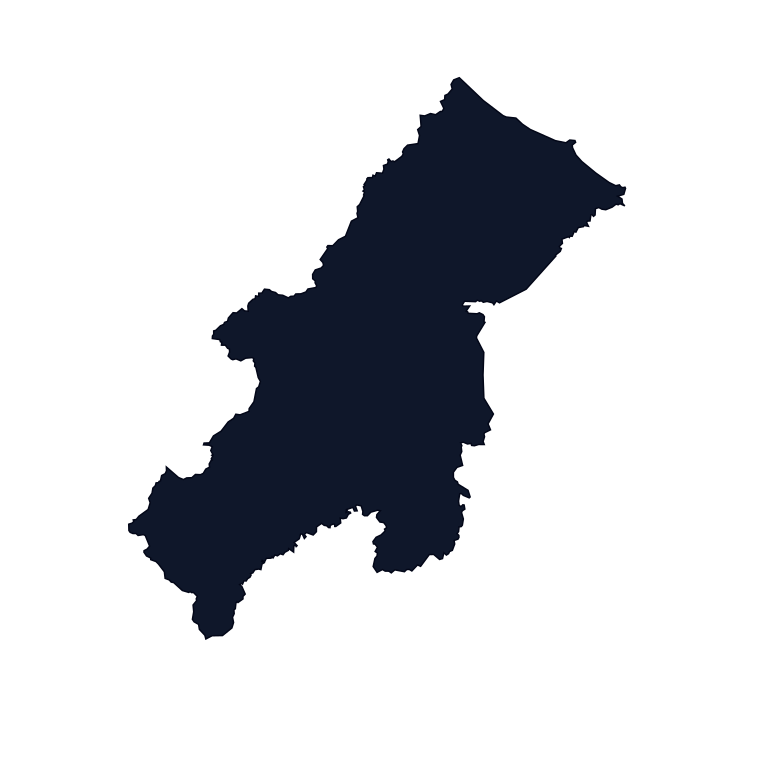 outline of Hua Hin, Prachuap Khiri Khan, Thailand, rotated 312°
{"feature_id": "78962969B56213444646576", "entity_name": "Hua Hin", "entity_type": "district", "adm_level": 2, "iso_a3": "THA", "parent_name": "Thailand", "parent_adm1": "Prachuap Khiri Khan", "projection": "mercator", "projection_center": [99.679, 12.495], "detail": "fine", "context": "isolated", "style": "filled", "palette": "ink", "viewbox_px": 768, "rotation_deg": 312, "n_neighbors": 0, "source": "geoboundaries", "source_scale": "gbopen_adm2", "svg_char_len": 6133}
<svg xmlns="http://www.w3.org/2000/svg" viewBox="0 0 768 768"><g transform="rotate(312 384 384)"><path d="M449.3,249.7L447.5,249.9L447.0,251.6L433.8,253.3L433.4,257.3L431.7,259.7L428.2,259.7L422.8,256.6L417.7,257.6L414.5,260.6L414.6,263.9L413.1,265.1L412.0,268.1L410.2,268.9L403.7,263.9L400.2,264.4L395.4,261.9L391.9,258.2L389.0,258.3L386.7,256.0L384.0,255.3L382.2,249.4L379.4,245.6L379.4,242.2L377.5,238.5L377.4,235.7L374.5,231.7L369.8,232.4L367.7,230.1L365.3,232.4L363.6,229.6L361.2,231.2L359.2,229.9L353.5,229.4L350.9,230.6L347.2,234.4L345.0,231.4L344.9,228.0L338.2,227.0L336.0,224.1L328.9,224.2L325.9,225.8L323.1,224.3L321.0,225.0L317.8,223.5L311.4,223.1L309.5,221.9L307.0,224.2L304.9,224.4L302.9,226.0L307.1,232.2L305.9,234.2L306.5,235.5L304.1,237.2L306.7,240.1L305.9,243.8L306.5,245.8L304.4,247.9L300.5,249.4L300.3,253.7L300.9,255.4L303.7,257.2L305.4,262.1L310.6,263.9L315.5,268.5L315.7,270.3L313.7,271.4L313.3,274.0L310.7,275.9L310.6,277.7L304.6,286.3L303.3,290.4L298.0,292.8L295.3,292.3L283.8,299.2L275.6,300.2L273.3,302.0L264.8,297.7L262.4,294.1L257.9,295.2L251.6,293.6L239.9,294.5L231.3,292.0L223.4,293.6L219.7,289.8L218.0,290.6L221.6,295.1L222.5,298.3L218.6,299.8L217.1,304.1L215.8,303.7L215.9,305.0L212.8,305.7L212.4,307.2L211.5,306.7L207.6,307.6L205.5,310.0L201.5,308.5L196.6,309.5L193.8,308.3L190.6,304.4L185.8,303.9L182.2,300.2L178.8,298.9L177.0,293.9L176.7,277.8L173.9,280.5L170.9,281.4L167.2,280.0L162.5,282.7L161.0,282.0L159.9,282.5L158.0,280.8L155.5,282.1L152.0,281.9L147.6,284.7L141.6,285.6L139.3,289.7L132.9,292.7L121.7,290.3L117.6,290.6L115.2,288.6L114.3,290.1L112.1,289.9L109.0,288.1L104.4,292.5L103.9,294.6L104.9,297.5L107.0,299.8L106.9,302.6L111.0,305.9L111.7,307.9L106.7,318.3L102.7,318.4L99.6,317.2L98.4,318.1L97.3,322.6L98.6,327.0L97.4,328.2L99.5,333.4L99.3,336.9L97.5,346.4L93.1,351.4L94.7,355.5L94.4,358.4L95.7,360.6L95.6,372.3L98.5,378.4L100.0,378.7L100.2,380.6L101.6,381.9L101.2,387.5L98.7,388.2L97.7,389.7L92.0,390.0L87.4,395.0L80.9,399.1L80.2,402.0L81.3,407.1L78.1,411.0L77.4,419.0L75.3,422.2L81.9,424.7L89.0,432.3L100.9,434.2L106.1,431.8L109.3,427.5L113.0,426.4L115.7,423.6L117.5,423.9L122.0,420.6L124.0,420.3L123.9,421.7L129.9,423.0L131.8,421.3L135.0,421.4L138.4,413.9L138.4,410.9L140.6,411.7L140.6,412.8L144.0,411.6L145.4,413.4L148.1,412.9L150.7,413.7L153.0,413.1L153.8,411.7L155.8,412.9L159.6,412.3L162.6,414.6L163.7,416.7L168.6,413.8L170.8,414.5L170.3,411.7L171.4,411.4L172.1,414.2L175.7,413.2L179.0,416.6L180.7,416.3L180.5,417.9L183.9,417.3L185.0,419.8L188.4,420.5L189.6,423.2L192.6,422.9L196.3,424.2L197.9,423.3L198.6,429.3L203.1,425.5L205.1,425.8L204.4,427.5L205.7,427.6L206.1,423.2L212.2,424.6L216.7,422.4L217.8,423.8L215.9,428.2L218.4,428.2L218.8,425.5L221.7,425.7L224.4,432.4L229.0,432.6L232.6,429.5L238.7,430.9L238.9,434.1L240.3,436.2L240.2,438.8L241.1,440.0L243.0,438.7L245.7,439.8L246.7,441.1L245.2,442.7L245.9,443.5L251.8,444.8L255.0,441.2L256.5,443.7L259.3,445.7L263.3,444.7L265.7,445.6L266.2,444.8L265.1,442.8L263.0,441.8L264.3,440.8L265.4,441.2L265.6,440.2L271.5,443.4L269.8,447.0L271.8,448.9L274.1,444.6L275.8,444.5L278.2,448.6L275.5,453.0L276.1,452.9L272.8,455.3L273.0,457.6L275.0,459.8L280.0,460.0L285.9,463.7L287.4,466.1L282.2,466.1L279.8,467.7L278.7,473.3L280.8,476.5L280.1,480.4L278.9,482.1L276.5,481.5L275.6,483.2L269.8,482.8L264.8,480.7L259.5,481.2L258.1,483.2L259.0,484.5L258.3,488.4L253.6,489.5L254.0,492.2L251.5,493.9L248.3,494.0L241.1,498.1L239.4,504.9L245.1,507.0L245.7,510.0L248.2,512.9L248.5,515.8L253.1,516.4L258.2,524.8L261.3,525.0L263.1,526.8L263.7,529.8L272.0,530.0L273.0,533.2L287.6,531.8L290.6,535.0L290.8,542.7L293.4,544.3L298.7,541.4L298.6,544.8L301.1,545.5L303.4,544.8L306.1,546.1L312.4,543.6L314.6,540.8L318.2,542.8L320.2,542.3L321.6,540.9L321.6,538.4L324.2,538.2L328.0,535.4L329.8,536.8L331.5,536.7L336.8,533.3L340.3,527.7L342.1,527.0L345.1,527.8L347.7,524.5L347.0,523.4L344.2,523.3L344.3,520.7L346.9,517.7L353.1,513.7L354.4,514.8L354.3,517.4L356.4,523.5L357.7,523.6L361.2,517.6L359.1,506.2L360.4,504.0L359.9,501.1L361.0,498.1L364.9,494.6L370.9,494.0L376.1,496.9L382.1,488.2L385.8,487.0L388.8,483.6L390.3,483.1L391.5,480.3L393.8,481.8L395.3,486.2L398.1,488.4L397.0,490.2L398.6,492.5L402.4,494.8L406.1,499.0L407.6,496.1L412.1,494.0L413.8,491.6L415.2,491.4L421.2,493.8L424.0,488.0L434.9,485.4L440.3,467.7L456.9,451.6L474.3,437.0L480.0,422.0L481.8,420.7L497.4,417.8L497.1,416.7L501.2,413.6L501.8,411.1L500.7,407.2L498.5,406.2L492.9,399.3L493.6,397.9L493.1,396.3L499.3,395.5L495.1,391.1L494.8,389.9L495.8,389.1L499.4,388.5L506.5,397.0L508.6,397.2L509.6,399.9L510.9,400.3L511.2,403.1L514.3,405.3L517.0,410.4L516.5,412.6L520.9,412.0L521.6,415.5L549.6,426.2L594.1,426.1L594.4,425.2L600.6,426.2L603.4,425.1L602.8,423.8L603.6,422.2L607.9,422.5L610.7,419.3L616.8,422.5L616.9,423.7L618.3,423.2L619.7,425.0L624.6,423.3L625.3,425.0L630.2,423.7L634.4,426.9L635.7,426.6L638.0,430.4L639.6,426.5L641.1,426.1L643.0,428.0L648.1,424.6L649.1,425.3L648.8,427.5L650.8,427.8L655.8,423.8L658.9,425.6L659.7,428.9L661.9,432.2L668.1,435.2L672.9,436.1L673.9,438.1L675.9,438.7L677.5,443.8L677.8,440.4L680.7,437.1L679.8,431.9L685.4,435.3L691.0,432.6L691.5,431.4L689.6,430.0L689.0,428.0L689.5,425.7L686.4,423.5L684.4,416.5L682.5,400.1L681.7,382.1L682.6,373.5L685.7,366.1L687.5,364.0L691.8,364.7L692.7,363.0L689.6,358.8L685.0,357.8L679.5,348.5L671.0,322.3L669.7,313.0L669.9,304.1L664.2,296.2L663.1,292.9L661.1,268.1L662.0,235.0L656.6,232.3L651.5,233.4L648.9,237.3L642.2,237.5L639.2,236.2L635.9,238.8L631.8,236.9L628.9,244.0L625.6,244.9L624.2,243.5L618.7,242.2L616.1,237.6L610.5,234.9L607.9,231.1L600.2,239.3L595.6,238.8L592.5,244.1L585.4,248.4L577.3,241.7L572.3,241.4L568.9,242.5L567.9,244.4L565.1,244.9L556.3,243.2L555.7,241.4L554.0,240.3L554.5,237.1L553.1,236.7L552.0,238.4L549.7,239.4L546.0,237.4L543.6,240.2L539.6,241.8L536.0,237.1L532.6,238.3L531.8,236.1L529.6,237.3L526.6,234.0L524.9,234.0L524.1,234.9L518.9,235.7L518.9,236.9L516.8,236.7L515.3,239.4L513.3,239.3L513.6,241.2L510.8,242.3L510.7,243.2L501.1,245.8L497.8,245.5L494.7,248.9L492.7,249.8L490.2,253.4L483.2,250.8L468.0,256.5L460.8,253.7L452.5,253.4L449.3,249.7Z" fill="#0f172a" stroke="#020617" stroke-width="1.5"/></g></svg>